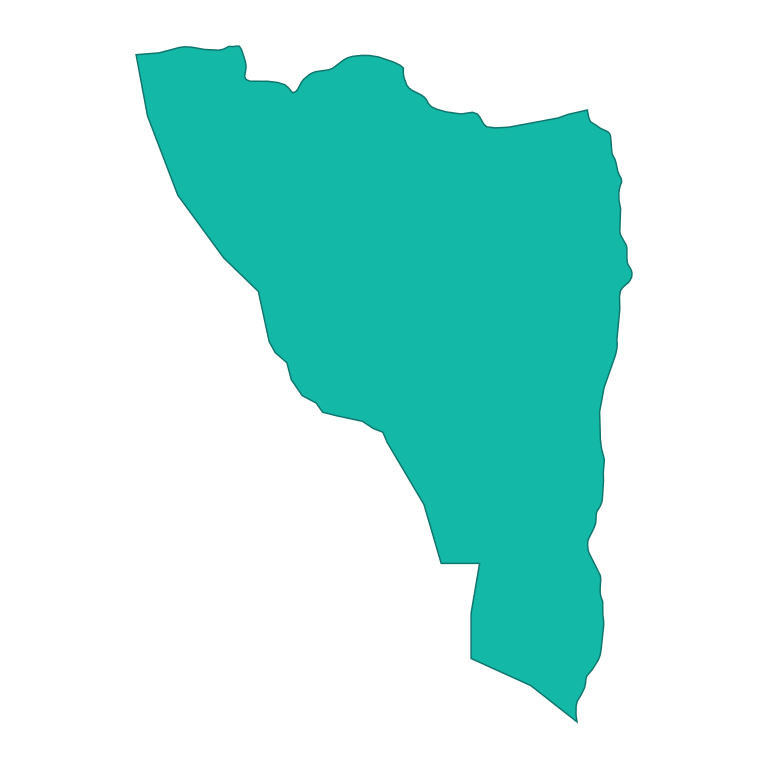 map outline of Analamanga (orthographic projection)
{"feature_id": "MDG-5862", "entity_name": "Analamanga", "entity_type": "Autonomous Province", "adm_level": 1, "iso_a3": "MDG", "parent_name": "Madagascar", "parent_adm1": "", "projection": "orthographic", "projection_center": [47.602, -18.658], "detail": "fine", "context": "isolated", "style": "filled", "palette": "teal", "viewbox_px": 768, "rotation_deg": 0, "n_neighbors": 0, "source": "natural_earth", "source_scale": "10m", "svg_char_len": 2373}
<svg xmlns="http://www.w3.org/2000/svg" viewBox="0 0 768 768"><path d="M236.6,46.1L239.3,46.2L241.5,49.5L245.2,60.9L246.0,64.8L245.9,68.9L244.6,76.4L246.0,79.5L249.9,81.2L268.0,81.3L277.7,82.5L284.9,84.8L288.3,87.7L292.6,92.8L295.7,91.7L297.8,89.1L301.4,82.3L303.5,79.5L308.9,74.9L312.1,73.0L315.7,71.7L328.8,69.8L332.4,68.5L343.9,59.8L347.7,57.8L352.9,56.3L361.7,55.4L369.6,55.5L378.7,57.0L393.4,62.0L400.0,65.2L403.4,68.0L403.3,71.0L403.4,73.9L404.0,77.7L406.6,84.8L408.7,87.7L411.4,90.0L421.4,95.0L424.3,97.2L426.6,100.0L428.3,103.4L431.3,106.7L436.6,109.2L446.3,111.9L460.9,114.0L472.5,112.3L477.3,114.0L479.7,117.0L483.7,124.0L486.9,126.9L495.3,127.9L508.7,127.2L558.0,118.0L568.0,114.4L587.3,110.0L588.8,117.7L589.5,119.5L590.5,121.6L591.9,122.7L596.7,125.6L598.0,126.7L601.1,128.7L606.3,131.0L607.9,131.9L609.2,133.1L610.1,134.7L610.6,136.6L611.9,152.5L612.4,154.5L615.0,159.4L616.1,163.2L617.8,171.4L619.2,174.9L621.2,178.4L621.5,180.1L621.5,182.4L620.2,185.7L619.4,189.1L618.8,193.1L619.0,200.2L620.1,206.5L620.5,207.6L620.6,208.3L619.8,230.6L620.1,233.8L621.2,236.2L626.4,245.5L626.9,248.2L626.9,258.1L627.2,261.6L627.8,264.2L630.6,268.9L631.4,270.6L631.9,272.5L631.9,274.9L631.6,277.4L629.9,280.5L628.5,282.4L622.9,287.3L621.0,289.9L620.4,291.1L620.0,293.1L619.5,296.3L619.8,309.3L616.9,339.5L617.2,344.1L616.9,348.7L615.5,355.0L604.0,387.9L599.6,411.9L600.4,439.8L601.5,448.5L604.1,458.5L604.3,460.6L603.3,472.8L603.5,481.0L602.4,498.4L601.9,502.0L600.5,505.5L599.1,508.1L597.3,510.7L596.5,512.7L596.1,515.2L596.0,519.8L595.6,523.4L594.0,528.0L588.2,539.6L587.7,542.1L587.6,545.0L588.1,549.9L588.9,552.7L599.9,574.6L600.5,576.4L600.7,579.4L600.1,590.0L600.3,593.6L600.8,596.3L602.7,601.8L602.8,614.5L603.7,621.6L603.6,626.2L601.1,649.7L600.1,655.2L599.2,657.8L597.9,660.7L592.1,669.8L587.4,675.3L586.4,677.0L585.9,679.4L585.4,684.0L584.5,687.8L582.1,693.0L577.4,701.0L576.7,703.3L576.1,706.4L576.0,715.0L577.0,721.9L530.8,685.6L471.1,658.5L471.1,613.2L479.6,563.4L441.2,563.4L424.0,504.6L387.3,442.6L382.8,432.2L373.1,428.4L362.5,421.3L338.5,416.2L322.7,412.3L316.2,403.1L302.2,395.6L291.3,379.7L286.9,362.8L275.2,352.6L269.2,341.7L258.4,291.5L223.7,257.9L177.8,195.2L147.5,115.9L136.1,54.7L158.9,52.9L179.4,47.5L184.7,46.8L191.9,47.2L204.7,49.5L218.8,50.2L223.4,49.2L228.9,46.4L233.1,46.6L236.6,46.1Z" fill="#14b8a6" stroke="#0f766e" stroke-width="1.5"/></svg>